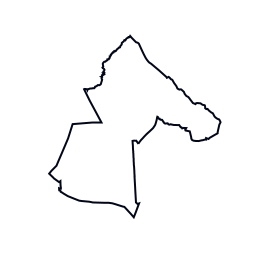 San Pablo Villa de Mitla, Oaxaca, Mexico (Natural Earth projection), rotated 341°
{"feature_id": "50627088B9208224547873", "entity_name": "San Pablo Villa de Mitla", "entity_type": "district", "adm_level": 2, "iso_a3": "MEX", "parent_name": "Mexico", "parent_adm1": "Oaxaca", "projection": "natural_earth1", "projection_center": [-96.275, 16.968], "detail": "fine", "context": "isolated", "style": "outline", "palette": "ink", "viewbox_px": 256, "rotation_deg": 341, "n_neighbors": 0, "source": "geoboundaries", "source_scale": "gbopen_adm2", "svg_char_len": 4933}
<svg xmlns="http://www.w3.org/2000/svg" viewBox="0 0 256 256"><g transform="rotate(341 128 128)"><path d="M183.0,92.9L181.1,93.2L180.9,92.2L179.7,90.1L176.2,83.8L170.8,74.8L169.4,73.0L168.8,71.7L168.1,69.7L167.5,67.4L166.9,63.3L166.3,57.9L165.7,51.7L165.0,50.6L163.5,49.5L160.9,44.0L160.0,41.7L159.0,42.6L158.4,42.2L158.1,42.1L157.7,42.6L156.5,42.7L155.5,43.0L154.0,44.3L153.2,43.7L152.9,43.9L152.6,44.3L151.8,44.9L151.2,45.0L150.2,45.4L149.9,45.5L149.2,47.0L147.5,48.0L146.7,49.1L145.4,49.0L145.1,49.4L143.2,50.0L141.8,51.1L141.1,51.3L140.8,50.9L140.4,51.1L139.9,50.9L139.7,51.3L138.9,51.9L138.3,51.5L137.7,52.0L136.8,52.3L136.5,52.9L135.6,53.1L135.5,53.7L134.7,54.3L134.1,54.3L134.1,54.9L133.6,55.4L133.2,56.1L132.9,56.3L132.4,56.2L132.1,56.7L130.8,56.4L130.5,57.2L130.0,57.3L129.3,57.4L128.2,57.9L127.2,57.6L126.5,57.9L125.9,58.2L125.4,58.7L125.1,59.0L125.0,59.3L124.6,61.8L123.5,62.6L123.7,63.2L124.5,64.2L124.7,65.3L124.3,65.8L124.2,66.0L123.4,66.6L123.1,66.6L123.0,66.8L123.0,67.2L123.1,67.3L123.3,67.4L123.4,67.6L123.5,67.8L123.6,68.0L123.4,68.1L123.3,68.4L123.2,68.3L123.2,68.5L123.0,68.4L123.0,68.6L122.8,68.5L122.9,68.8L122.6,68.7L122.7,68.9L122.7,69.0L122.5,68.9L122.5,69.1L122.4,69.1L122.0,69.2L122.0,69.6L121.6,69.6L121.6,69.8L121.4,69.8L121.0,69.8L120.8,69.6L120.7,69.6L120.7,70.0L120.3,70.3L120.5,70.4L120.1,70.7L119.8,70.9L119.6,70.9L119.8,71.1L119.9,71.3L120.1,71.4L120.1,71.5L119.9,71.6L119.6,71.9L119.5,72.2L119.1,72.7L119.1,73.1L119.2,73.5L119.3,73.8L119.0,74.3L118.7,74.7L117.9,75.8L117.3,76.6L117.2,76.8L116.7,77.5L116.4,77.8L115.0,78.2L114.8,78.2L113.5,77.6L113.2,77.7L112.4,78.0L112.0,78.2L110.8,78.2L110.7,78.3L110.4,78.2L110.1,78.4L109.7,79.0L109.1,79.3L108.8,79.4L108.6,79.3L108.3,79.1L108.0,79.0L107.4,78.9L106.9,78.9L105.1,78.4L104.6,78.3L104.0,78.4L103.1,78.3L103.2,78.5L102.8,78.2L102.6,78.2L102.0,78.9L102.0,78.6L101.9,78.3L101.7,78.2L101.4,77.9L101.2,77.6L100.8,77.4L100.5,77.3L100.2,77.4L99.8,77.1L99.5,76.9L99.1,77.0L100.7,89.6L102.7,101.8L104.7,114.2L96.0,111.2L84.3,108.2L76.9,106.3L68.0,118.3L57.1,130.4L51.2,136.9L48.1,140.4L41.6,143.6L38.6,145.5L41.1,150.4L41.6,151.6L45.2,156.7L46.8,156.2L45.6,160.1L45.4,160.9L45.4,161.0L45.3,161.4L45.2,161.7L45.2,162.0L45.1,162.5L44.8,163.4L44.2,163.1L43.6,162.8L43.4,162.8L43.2,162.6L42.7,164.3L42.7,164.6L43.6,165.2L43.6,165.4L43.6,165.9L43.6,166.3L43.8,166.4L43.9,166.8L44.2,167.0L45.8,169.1L48.9,172.8L54.2,177.4L58.2,180.8L60.3,181.9L67.4,185.1L70.6,187.0L81.5,191.1L85.1,192.3L88.5,194.0L90.8,195.6L97.4,200.5L98.9,201.4L101.3,206.9L102.8,210.3L104.4,214.3L107.5,210.7L113.9,202.9L112.3,202.9L111.3,201.0L114.9,188.2L115.2,187.2L118.4,175.9L118.5,175.9L118.6,175.6L118.9,174.4L119.1,173.7L119.4,172.6L119.9,171.0L120.0,170.7L120.8,167.8L121.3,166.0L121.5,164.8L121.8,164.0L122.8,160.4L123.3,159.1L123.5,158.2L123.6,157.6L124.2,155.7L124.4,154.9L124.7,154.2L124.9,153.0L125.4,151.6L125.4,151.3L125.6,150.7L125.8,149.8L126.4,147.8L127.1,145.5L127.2,144.9L128.1,141.7L129.6,141.9L131.2,142.6L131.7,142.7L132.0,143.9L132.2,144.6L132.6,146.1L132.7,146.3L132.7,146.2L134.7,144.7L135.2,144.4L136.4,143.6L138.2,142.7L138.6,142.5L139.6,141.9L140.9,141.2L142.3,140.5L143.8,139.7L144.3,139.6L144.9,139.2L145.1,139.2L148.3,137.8L151.6,136.3L154.4,134.2L154.9,133.7L156.6,131.4L156.8,131.0L157.4,130.2L157.7,129.7L158.0,129.2L158.5,128.4L158.8,127.7L159.4,126.9L159.8,127.3L159.7,128.0L159.8,128.3L159.9,128.5L160.2,128.8L160.2,129.1L160.5,129.7L161.0,129.7L161.2,130.5L161.7,130.9L162.0,131.0L162.9,131.4L163.2,132.8L163.5,133.3L163.5,134.1L163.7,134.3L163.7,134.5L163.8,134.9L163.9,135.2L164.2,135.6L164.8,136.0L165.6,136.1L166.4,136.4L167.0,136.5L167.5,137.8L168.5,138.4L169.4,138.3L169.7,138.4L170.2,138.8L170.3,138.9L170.9,139.3L171.0,139.3L171.3,139.4L171.7,139.7L172.0,139.9L172.4,140.1L172.7,140.2L173.5,140.5L174.0,140.7L174.3,140.8L174.6,140.9L176.4,141.6L176.9,141.7L177.4,141.9L178.0,144.3L178.2,144.6L178.8,144.8L179.1,146.0L180.5,146.0L183.0,147.0L181.5,148.3L181.6,149.1L185.3,151.3L184.8,156.8L184.5,158.6L184.4,158.7L184.7,160.2L185.4,160.9L186.1,161.5L187.0,161.9L188.2,162.5L189.5,162.9L190.1,163.2L190.5,163.3L190.8,163.4L192.3,163.5L193.2,163.6L194.0,163.7L194.2,163.8L194.9,163.9L195.3,163.9L195.5,163.9L197.2,164.0L197.4,164.1L198.1,164.4L198.5,163.3L198.6,163.0L200.6,164.6L202.0,163.9L208.1,162.7L211.0,162.2L211.5,161.0L212.7,159.0L215.5,154.5L217.3,152.8L217.4,152.1L217.0,149.6L215.5,148.4L214.2,146.6L213.6,145.4L213.0,141.7L211.7,140.3L210.4,138.2L209.9,137.3L209.8,136.6L209.3,135.8L208.4,135.7L208.0,135.4L207.5,134.6L207.4,134.3L207.7,133.8L208.0,131.7L207.9,131.4L207.0,130.9L206.0,130.3L204.6,128.3L202.0,127.1L200.6,126.7L199.6,127.4L197.5,125.5L196.1,121.3L195.8,120.2L195.1,118.3L193.6,116.7L192.7,114.2L192.6,112.0L190.9,108.9L189.8,108.4L189.0,108.4L187.6,106.8L187.4,104.3L186.6,101.6L186.3,100.9L185.6,97.0L185.2,96.4L184.6,96.0L184.4,95.7L183.7,93.9L183.0,92.9Z" fill="none" stroke="#020617" stroke-width="2"/></g></svg>